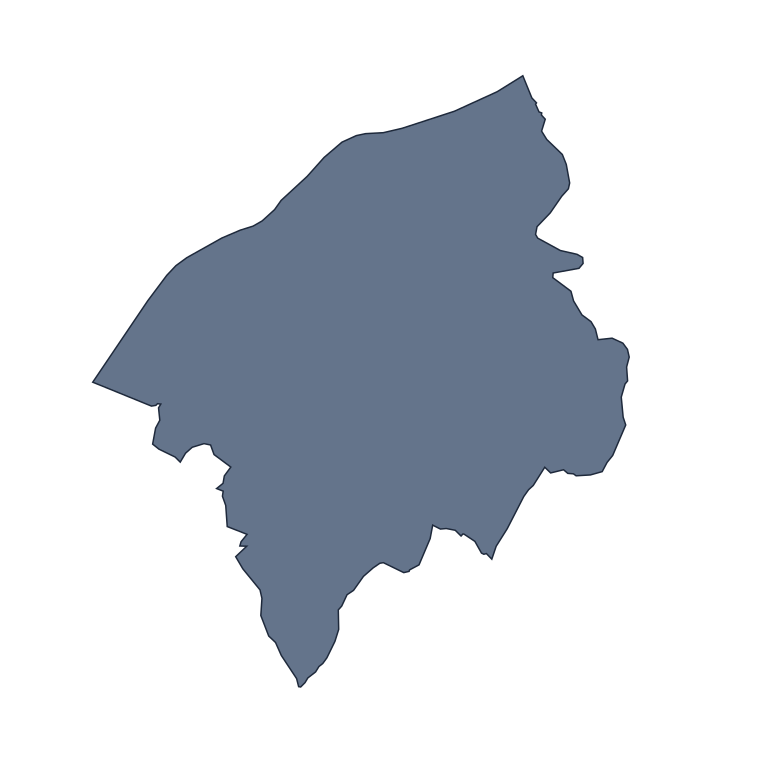 outline of Enebakk nor, Akershus, Norway, rotated 244°
{"feature_id": "86288312B77939080811439", "entity_name": "Enebakk nor", "entity_type": "district", "adm_level": 2, "iso_a3": "NOR", "parent_name": "Norway", "parent_adm1": "Akershus", "projection": "orthographic", "projection_center": [11.051, 59.769], "detail": "medium", "context": "isolated", "style": "filled", "palette": "slate", "viewbox_px": 768, "rotation_deg": 244, "n_neighbors": 0, "source": "geoboundaries", "source_scale": "gbopen_adm2", "svg_char_len": 1971}
<svg xmlns="http://www.w3.org/2000/svg" viewBox="0 0 768 768"><g transform="rotate(244 384 384)"><path d="M293.8,175.0L279.7,176.1L253.3,182.3L244.8,180.3L229.9,171.8L208.0,169.9L199.2,173.2L185.0,172.7L157.5,176.3L149.4,174.6L148.2,176.3L150.2,182.1L153.2,186.7L155.2,196.3L158.6,201.7L159.6,206.4L162.9,212.6L174.2,227.1L183.3,235.7L201.0,243.9L202.9,248.6L210.8,258.4L211.9,266.2L220.1,281.2L223.5,293.7L224.7,301.7L223.7,305.1L205.8,319.1L204.6,324.4L205.7,325.5L206.1,336.2L224.8,357.7L235.8,365.9L228.9,371.1L226.8,376.6L221.3,383.9L213.6,386.6L214.6,389.2L214.0,390.1L202.7,396.7L189.3,397.5L187.2,399.1L186.7,401.7L179.3,404.1L189.0,413.7L199.9,431.3L221.6,460.3L225.6,467.6L227.4,473.7L238.7,492.0L231.0,494.8L228.2,507.8L223.1,510.0L220.2,514.9L217.3,516.4L211.8,529.6L209.6,541.7L215.7,550.1L219.5,558.2L241.2,583.3L249.3,584.4L268.2,591.5L278.3,600.6L280.0,604.3L292.9,609.5L300.7,616.2L308.4,618.0L316.0,616.6L325.2,609.1L330.0,595.8L340.8,598.1L349.3,597.4L359.3,592.2L375.5,590.8L385.4,592.7L405.6,582.3L409.6,584.7L402.5,610.0L405.1,615.8L410.6,618.0L415.9,614.4L426.7,601.0L447.7,586.1L452.0,585.8L458.3,590.5L464.9,608.4L474.8,626.0L478.6,635.3L483.3,639.0L501.5,644.1L512.1,644.9L532.4,637.5L542.2,636.5L551.3,645.0L556.7,643.4L558.5,644.6L560.6,642.6L569.1,642.9L569.8,644.3L576.3,642.3L600.2,643.9L597.1,613.8L598.3,566.8L605.9,512.3L610.2,493.5L617.1,477.2L619.4,468.0L619.8,452.2L613.9,429.5L604.3,406.0L594.1,372.0L588.7,362.1L584.0,346.0L583.3,335.5L585.3,322.3L586.3,302.3L584.0,262.2L581.6,248.9L576.9,236.4L562.4,208.2L513.3,123.0L466.1,165.3L464.8,169.6L465.6,171.8L463.8,174.6L461.4,170.9L449.7,166.6L444.5,159.4L431.4,149.7L424.0,153.2L410.0,164.2L403.1,166.6L408.8,175.3L411.2,183.9L409.3,196.1L405.2,201.4L395.1,200.3L376.5,209.9L371.4,200.2L365.3,195.8L363.4,187.7L358.2,192.5L354.0,189.6L344.2,188.5L324.6,180.6L308.9,195.0L304.9,186.4L301.6,183.4L298.4,189.5L293.8,175.0Z" fill="#64748b" stroke="#1e293b" stroke-width="1.5"/></g></svg>